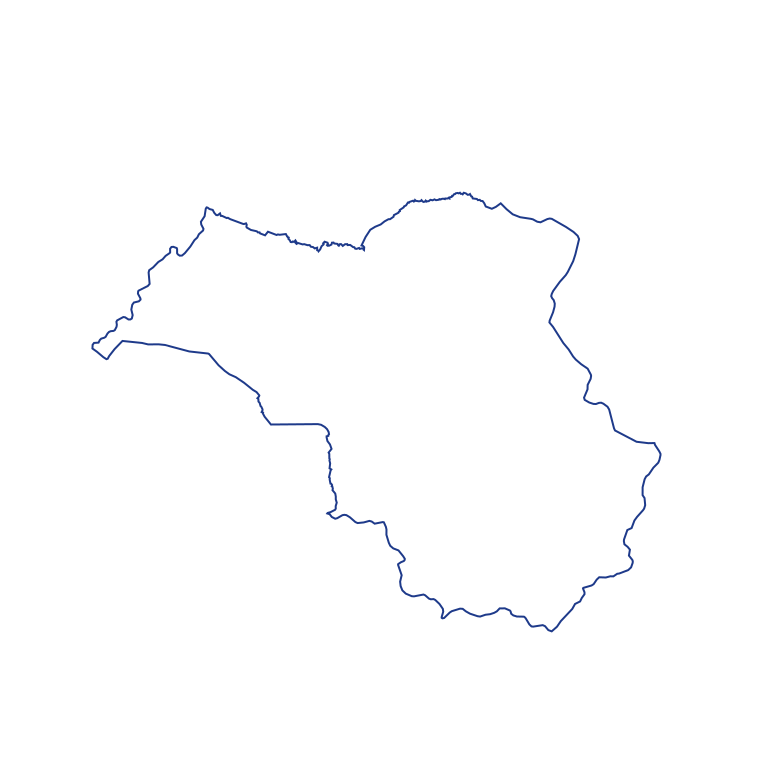 Ban Thi, Lamphun, Thailand (Albers equal-area conic projection), rotated 17°
{"feature_id": "78962969B75208473855809", "entity_name": "Ban Thi", "entity_type": "district", "adm_level": 2, "iso_a3": "THA", "parent_name": "Thailand", "parent_adm1": "Lamphun", "projection": "albers", "projection_center": [99.132, 18.647], "detail": "fine", "context": "isolated", "style": "outline", "palette": "blue", "viewbox_px": 768, "rotation_deg": 17, "n_neighbors": 0, "source": "geoboundaries", "source_scale": "gbopen_adm2", "svg_char_len": 6160}
<svg xmlns="http://www.w3.org/2000/svg" viewBox="0 0 768 768"><g transform="rotate(17 384 384)"><path d="M659.9,361.4L654.1,363.3L642.4,365.4L618.5,360.9L616.9,359.1L606.8,342.6L604.4,340.4L599.6,338.7L597.1,338.4L595.1,339.2L592.5,341.2L590.1,341.8L585.7,341.7L580.6,340.5L579.3,338.6L580.2,329.6L579.0,325.3L580.1,318.7L579.7,315.7L579.1,314.6L574.3,309.8L566.7,307.4L560.3,304.6L556.8,302.4L550.5,297.0L543.5,292.4L529.0,280.0L524.2,276.8L523.9,274.9L524.7,266.0L524.5,260.2L523.8,257.2L521.8,254.2L519.7,252.8L518.2,251.1L518.1,248.7L518.6,245.5L522.3,234.8L526.0,226.7L527.0,223.1L529.0,211.2L529.1,204.1L528.2,188.4L525.9,185.7L520.8,183.2L512.1,180.6L496.2,177.0L494.1,177.3L492.0,178.5L486.4,183.6L483.1,184.0L478.3,183.0L476.2,183.1L465.4,184.7L457.5,184.1L450.1,181.0L442.8,177.1L439.2,181.9L435.9,184.9L429.4,184.5L427.0,181.8L424.8,180.2L423.0,180.6L421.7,179.9L420.1,180.7L418.7,179.9L414.6,180.6L413.5,179.1L412.6,179.1L410.7,177.2L410.1,178.0L408.7,178.6L406.6,177.8L404.4,177.8L403.8,179.6L403.0,179.3L401.7,179.7L400.7,178.9L399.5,179.9L398.5,179.8L396.8,180.7L396.4,181.6L395.6,181.9L394.7,184.1L394.1,184.2L394.0,185.3L391.9,186.5L392.3,187.5L391.1,187.4L390.4,188.1L388.3,188.7L388.2,189.4L386.3,189.5L384.6,190.4L384.3,191.0L382.9,191.0L382.7,191.7L380.0,193.0L378.3,192.7L376.8,194.1L374.5,194.3L373.4,196.0L371.7,196.8L370.6,196.5L370.8,197.3L369.5,197.5L368.9,198.3L367.7,198.2L366.1,197.2L365.6,198.3L364.0,199.1L360.9,199.5L359.9,199.0L359.8,200.2L359.2,200.8L358.2,200.2L354.9,202.6L354.8,203.4L353.8,203.5L352.9,206.7L351.2,208.4L351.2,209.3L348.2,213.0L348.7,214.0L347.8,215.0L347.8,215.9L344.1,219.6L344.2,221.3L341.6,224.6L340.1,225.1L337.0,228.3L334.2,232.4L329.6,236.2L325.8,240.5L323.4,248.8L322.0,258.1L323.7,258.1L325.1,259.0L325.7,261.7L325.2,261.5L325.1,260.7L323.5,260.6L321.3,261.9L320.4,261.2L318.2,262.8L316.9,263.0L315.7,261.9L314.4,262.1L311.0,260.9L308.6,261.8L308.0,261.0L305.9,261.7L304.2,264.0L302.2,262.8L301.0,263.1L300.4,265.0L299.7,264.8L298.6,263.6L295.3,264.2L294.4,263.5L292.9,264.1L293.0,266.0L291.2,267.7L289.6,268.3L288.9,267.9L289.5,266.5L288.7,265.4L285.6,265.3L284.7,267.2L285.4,267.6L285.4,268.2L284.0,270.5L283.6,274.0L282.6,276.2L282.1,275.6L281.0,275.6L280.2,273.2L278.1,274.6L276.1,273.8L273.9,274.1L272.3,272.9L270.3,273.6L266.8,273.6L265.4,274.3L260.5,274.3L259.4,275.6L258.5,275.1L258.6,273.7L257.3,272.6L256.5,274.5L255.2,274.3L254.5,275.3L253.2,275.5L251.8,274.0L250.3,273.3L250.1,271.9L249.1,271.9L248.7,271.2L248.1,271.1L246.3,269.3L240.6,271.8L238.8,272.0L237.7,272.9L228.5,272.3L226.8,276.6L221.4,276.2L220.7,275.4L219.0,275.9L218.2,275.3L217.0,275.2L211.7,275.6L207.0,274.5L206.4,273.8L206.2,271.9L205.1,270.7L203.3,272.0L202.2,272.1L188.6,271.3L186.1,270.7L185.1,271.3L180.3,270.6L178.8,270.9L177.3,268.8L175.6,271.2L174.2,271.5L171.7,270.0L169.3,267.6L166.0,267.7L163.7,266.9L162.7,267.0L162.3,268.5L163.4,276.0L161.5,282.4L162.6,284.9L166.0,288.4L166.1,290.1L163.2,294.9L162.6,298.6L160.7,301.8L158.6,309.2L155.3,317.1L153.3,320.2L151.1,321.0L148.9,320.3L147.9,319.4L146.7,315.5L146.0,314.6L142.4,314.4L140.7,315.1L139.9,317.2L141.0,320.6L140.8,321.4L137.7,325.3L135.8,329.5L132.5,333.3L129.1,340.0L126.2,343.8L126.3,346.2L130.6,356.8L129.5,359.3L122.0,366.5L121.8,367.3L122.3,369.6L126.0,373.3L126.5,374.5L125.4,376.6L121.0,379.2L120.1,381.8L120.6,386.7L123.5,391.6L123.7,395.1L122.6,396.4L120.8,397.0L116.9,395.9L115.1,396.2L110.2,401.2L109.9,402.7L111.2,405.5L111.5,407.5L110.8,411.2L109.8,412.3L107.2,413.4L105.8,414.6L104.8,416.6L104.0,420.3L103.0,421.5L100.3,423.3L99.4,425.0L98.9,427.9L94.7,429.5L93.9,431.7L94.8,435.3L100.1,437.1L107.8,440.4L111.3,441.4L112.4,440.6L113.0,437.6L116.2,429.3L121.3,419.3L140.6,415.5L146.8,415.1L157.1,411.9L163.2,410.7L188.3,409.8L206.9,406.3L208.0,406.5L220.4,414.5L228.1,418.1L233.3,419.9L240.3,420.8L250.0,423.8L260.2,427.9L264.5,429.0L268.1,431.4L268.1,432.5L267.1,434.6L268.2,435.0L269.1,437.5L270.6,438.4L272.4,441.2L273.2,441.5L275.2,443.7L275.5,444.7L275.2,446.6L276.7,446.7L276.7,447.5L279.4,450.2L287.7,455.8L332.5,441.7L335.8,441.4L339.9,442.4L342.7,443.8L345.0,446.0L346.1,448.1L345.7,449.1L345.9,449.9L344.4,450.8L344.7,451.8L346.6,455.1L350.0,457.6L352.8,461.4L351.1,465.8L352.1,466.8L353.5,471.2L354.1,471.7L354.2,473.1L355.7,475.6L356.6,480.6L358.6,481.1L358.2,482.2L358.7,489.2L359.7,489.9L360.0,491.3L361.9,494.9L362.7,494.8L363.9,495.8L363.9,497.1L364.6,497.2L365.7,499.1L365.8,500.6L369.4,503.0L370.8,505.7L371.6,508.4L373.5,511.3L373.5,514.9L374.3,517.3L374.0,518.6L370.3,522.2L367.8,523.8L367.6,524.4L370.1,524.4L372.9,526.4L376.7,527.1L378.5,526.0L382.6,521.6L384.3,520.7L386.4,520.4L390.3,521.4L397.0,524.4L399.4,524.7L405.1,522.3L410.0,519.2L412.4,519.1L415.9,520.3L423.2,516.4L424.3,516.3L427.6,520.1L428.9,522.4L430.4,527.5L435.0,534.4L437.3,536.9L440.9,538.5L446.5,538.9L452.7,543.1L455.0,545.1L455.2,546.2L454.7,547.5L452.3,549.5L450.2,552.1L450.3,552.8L456.8,561.7L457.2,568.3L459.0,572.4L461.9,576.0L466.1,578.1L472.6,578.8L474.8,578.3L483.3,573.8L485.1,574.0L489.8,576.1L491.7,576.2L494.3,575.2L496.1,575.5L501.3,578.1L506.0,581.8L507.2,584.4L507.3,590.2L507.6,590.8L508.4,591.0L509.9,590.2L513.7,583.3L515.3,581.4L522.4,576.6L525.0,576.0L528.8,577.5L533.4,578.5L541.4,578.7L543.9,578.3L548.5,575.0L552.8,573.1L556.3,570.6L558.4,568.4L560.2,564.8L565.2,563.2L570.6,563.8L571.5,564.4L572.8,566.5L575.3,567.5L579.1,567.5L585.8,565.6L586.6,565.8L588.0,566.6L593.3,571.4L595.9,572.7L597.6,572.4L606.3,568.2L608.8,568.5L613.1,571.3L616.7,571.5L620.4,565.5L622.4,559.1L629.8,544.1L631.0,538.5L635.1,534.6L635.7,530.8L637.2,526.4L636.6,524.5L634.1,521.4L634.2,520.7L641.4,516.0L643.0,514.1L644.6,508.9L646.3,505.9L652.7,504.2L656.7,501.7L659.6,500.9L662.5,497.3L664.3,496.5L672.0,490.5L673.9,487.1L674.1,482.3L673.7,480.7L672.9,479.6L668.4,476.5L667.6,470.5L664.6,468.5L660.8,467.0L659.3,464.1L659.0,462.5L659.4,452.5L662.9,449.4L663.4,441.3L664.9,437.0L668.6,429.0L669.2,427.1L669.2,423.5L666.5,416.9L663.8,414.7L661.5,407.1L661.1,398.9L661.7,395.8L663.7,393.0L666.1,385.2L669.3,379.1L669.6,376.0L669.2,371.1L668.8,369.9L666.9,367.9L661.0,363.0L659.9,361.4Z" fill="none" stroke="#1e3a8a" stroke-width="2"/></g></svg>